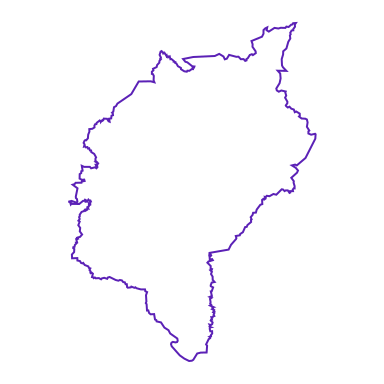 Pedro Carbo, Guayas, Ecuador
{"feature_id": "8360857B48061354733305", "entity_name": "Pedro Carbo", "entity_type": "district", "adm_level": 2, "iso_a3": "ECU", "parent_name": "Ecuador", "parent_adm1": "Guayas", "projection": "albers", "projection_center": [-80.292, -1.869], "detail": "fine", "context": "isolated", "style": "outline", "palette": "violet", "viewbox_px": 384, "rotation_deg": 0, "n_neighbors": 0, "source": "geoboundaries", "source_scale": "gbopen_adm2", "svg_char_len": 5847}
<svg xmlns="http://www.w3.org/2000/svg" viewBox="0 0 384 384"><path d="M246.4,59.2L246.5,60.4L245.2,60.9L243.6,59.1L240.8,59.2L238.5,56.7L236.3,56.8L229.1,54.9L226.8,58.7L224.8,59.3L223.5,56.5L219.2,53.9L214.8,56.0L193.2,57.0L183.1,59.0L185.4,61.8L187.3,62.3L192.3,66.3L194.4,66.5L194.0,67.7L192.7,68.0L192.9,69.1L191.7,69.1L189.4,70.8L187.4,70.7L186.8,71.7L184.3,71.3L181.0,69.2L180.9,67.9L177.9,66.2L176.4,63.5L175.1,62.8L175.3,62.1L173.7,61.7L173.9,61.1L171.4,59.0L170.4,59.2L169.7,56.4L168.2,57.3L167.9,56.4L166.9,56.8L166.6,55.1L166.1,55.4L165.0,53.4L163.5,53.5L163.8,52.5L162.6,52.5L161.6,51.1L160.6,51.6L159.6,54.9L160.9,57.5L160.2,58.8L160.9,59.2L159.4,61.0L159.3,62.7L157.2,64.9L156.6,67.1L153.0,68.8L153.4,70.4L151.9,71.7L151.9,73.9L152.9,74.1L153.8,75.9L153.6,80.3L154.4,82.3L150.7,81.3L138.7,81.5L131.3,94.1L117.4,103.6L116.0,106.1L114.0,107.2L113.3,111.6L112.1,112.7L112.8,113.3L113.0,115.2L111.5,115.7L111.2,118.4L109.1,118.7L109.6,121.7L108.6,121.3L107.0,118.8L103.8,118.6L103.3,120.1L102.6,120.7L102.2,120.3L101.0,121.7L101.0,121.0L100.3,121.3L99.7,120.5L96.7,122.8L96.4,124.1L95.2,124.2L94.4,125.6L94.5,127.4L92.3,128.8L89.3,129.1L89.4,131.7L88.2,134.6L87.9,138.3L86.2,140.3L85.3,140.1L84.5,140.8L83.6,142.9L84.6,144.4L84.0,146.6L85.1,146.3L85.9,147.4L87.4,147.1L88.1,148.6L89.2,148.3L89.9,150.4L91.1,150.5L91.3,152.1L94.2,153.9L96.1,157.4L95.5,158.4L95.4,160.7L96.5,161.7L95.8,161.9L98.1,163.4L97.4,164.5L95.7,164.7L96.3,166.0L97.1,165.6L97.4,167.2L96.4,168.3L95.1,167.3L91.1,168.3L89.9,166.9L84.2,166.9L81.8,165.8L82.6,170.7L81.3,171.2L81.2,173.1L79.7,174.1L79.6,178.6L81.9,179.8L84.2,179.6L84.6,181.0L81.8,181.5L81.5,182.7L75.6,182.8L74.6,184.1L72.7,184.7L77.5,188.3L75.8,196.6L75.9,198.0L77.0,199.1L77.4,201.9L76.3,202.6L71.6,200.9L68.4,201.7L70.1,202.1L70.8,204.5L71.7,203.4L72.0,203.9L79.2,204.0L83.0,200.9L84.3,200.9L85.0,199.7L85.8,200.1L85.7,201.7L86.7,201.5L86.6,202.4L88.4,199.6L89.3,200.6L90.4,200.5L90.9,201.6L90.1,201.9L90.3,204.7L89.7,205.0L88.9,204.0L88.8,206.5L87.5,207.1L88.2,208.5L87.3,208.3L87.3,209.3L86.3,209.4L86.6,210.1L85.2,210.9L84.7,210.0L83.6,211.2L81.6,211.9L79.7,214.7L79.8,216.2L79.1,217.1L79.7,219.0L78.4,220.7L79.7,221.6L78.3,225.2L80.2,227.9L79.8,231.4L82.1,234.5L80.0,236.9L78.0,237.4L78.1,238.4L77.0,238.1L77.1,239.1L76.2,239.2L77.1,242.4L76.1,242.6L76.5,243.3L74.9,244.9L74.5,246.9L73.3,247.2L73.2,248.1L74.3,249.0L74.1,252.1L71.9,254.5L72.1,258.3L77.3,258.1L77.4,260.5L80.0,261.1L81.0,262.9L82.4,263.4L83.2,262.9L84.7,265.0L88.3,266.4L88.9,267.9L90.3,268.4L89.5,270.0L90.4,271.1L90.4,272.8L90.8,273.2L91.6,272.6L92.9,273.7L92.0,277.1L93.4,277.4L93.7,278.1L94.9,277.5L95.7,278.3L98.9,278.1L101.1,279.3L101.9,278.4L104.2,277.8L107.2,278.8L107.9,277.5L109.6,277.0L115.7,280.0L118.4,280.7L119.8,280.0L121.9,280.4L123.2,282.1L124.8,282.3L125.6,284.2L126.8,284.2L127.1,287.1L127.8,287.7L130.8,287.4L131.3,286.6L134.4,287.8L135.4,287.3L136.4,288.2L140.9,289.4L145.0,289.4L145.3,291.2L147.1,292.1L146.0,295.2L146.4,301.6L145.8,303.1L146.6,304.2L147.0,310.5L148.3,310.4L149.1,313.0L150.6,314.3L154.1,314.1L155.0,319.5L156.3,320.1L156.6,321.4L161.0,322.4L164.4,327.6L168.5,330.2L170.2,333.5L177.3,338.5L177.7,340.8L177.1,342.0L175.6,342.4L172.8,341.9L171.5,342.7L171.0,344.1L171.7,346.3L179.8,355.4L184.3,358.6L189.1,361.0L191.9,360.7L193.3,359.8L197.2,353.5L200.8,352.6L206.6,352.5L207.1,345.7L206.1,344.4L208.7,339.1L209.9,338.4L210.3,338.9L209.9,337.5L210.5,336.9L209.7,336.6L211.0,335.9L211.0,335.0L212.2,333.5L212.1,331.2L210.3,331.3L209.7,328.8L210.2,327.3L210.9,327.2L209.6,326.6L210.1,325.9L209.5,324.6L211.0,325.0L212.2,324.1L212.6,322.4L210.7,320.5L211.1,319.7L212.0,319.6L211.4,317.2L212.5,317.4L212.8,316.6L214.3,316.0L213.6,314.8L214.4,313.0L213.2,312.3L214.3,311.3L213.7,310.9L214.1,310.0L212.1,309.1L213.0,308.4L212.4,307.4L213.5,307.1L210.0,305.5L211.2,304.8L210.2,303.5L210.6,302.2L210.0,298.9L211.6,297.8L209.7,296.9L211.9,296.0L210.8,291.4L211.7,291.3L213.1,287.4L210.8,286.2L210.7,285.2L211.7,282.6L214.6,282.0L212.7,279.9L212.6,276.6L211.0,274.0L211.9,271.8L210.4,270.3L211.7,269.9L212.0,269.1L210.6,268.7L210.7,266.0L207.4,262.7L208.4,261.5L212.8,260.2L212.1,259.1L209.8,259.5L209.6,256.9L211.2,255.5L210.8,254.7L209.3,255.1L209.5,252.9L228.6,249.6L231.0,244.8L236.0,239.1L236.4,238.2L235.8,236.0L239.8,235.3L240.2,234.0L242.9,232.2L245.1,227.1L246.7,226.9L247.5,225.0L251.1,222.0L251.0,219.8L251.6,219.4L250.7,217.2L252.6,214.9L253.1,212.8L255.9,212.6L256.7,209.6L260.3,204.8L262.3,204.1L262.1,199.9L263.2,199.0L264.1,199.6L265.1,198.9L264.5,198.3L265.6,197.8L265.1,196.9L265.7,197.0L266.8,195.8L269.5,196.2L273.4,194.0L276.3,194.7L281.7,189.3L283.0,189.5L284.6,191.1L285.7,190.4L287.8,190.4L289.5,192.9L290.3,192.5L290.2,191.1L293.0,191.1L292.7,189.7L293.7,188.3L294.6,188.4L294.6,186.1L293.6,182.7L293.8,181.2L291.3,177.8L297.0,172.7L298.0,170.5L295.7,167.8L291.9,165.4L295.1,164.6L296.8,165.4L305.5,158.0L315.3,138.7L315.6,134.3L315.1,133.8L311.1,134.7L308.4,133.5L308.4,131.4L309.3,130.6L306.9,126.8L307.6,122.4L306.9,119.5L305.3,118.7L301.6,118.5L299.0,116.5L299.8,115.7L299.7,113.6L296.2,111.5L294.8,112.2L293.8,109.5L291.3,108.7L289.5,106.7L287.8,107.5L286.2,106.2L285.8,105.4L287.3,103.3L287.4,101.7L285.1,97.7L286.2,95.6L285.3,92.5L285.7,91.5L281.3,90.5L278.8,91.7L276.8,90.4L276.3,88.5L279.6,83.2L280.6,78.4L280.2,73.5L277.7,70.7L286.4,70.9L282.9,67.2L282.0,65.4L281.7,59.1L283.1,54.5L283.2,51.3L286.4,48.5L288.3,41.8L290.3,38.5L289.9,35.4L290.7,34.2L290.2,32.9L291.6,30.5L293.3,30.3L293.2,29.2L295.0,26.7L294.8,24.6L295.9,23.0L293.1,23.2L292.3,24.5L291.2,24.7L288.6,27.0L286.4,26.6L285.4,27.9L280.7,27.8L278.4,28.5L274.5,27.9L268.8,31.6L266.6,30.2L267.2,27.4L265.2,28.4L263.5,30.1L263.5,33.7L262.0,36.7L251.5,41.0L252.6,44.2L252.5,46.8L255.6,51.3L255.8,53.1L252.9,55.1L251.9,54.2L249.8,55.0L247.8,58.2L246.4,59.2Z" fill="none" stroke="#5b21b6" stroke-width="2"/></svg>